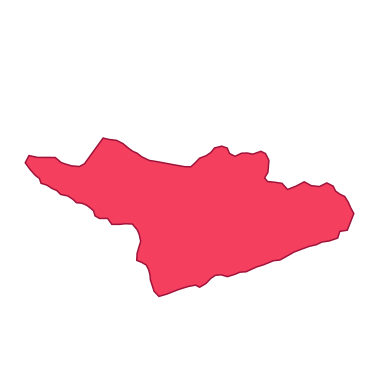 outline of Areal, Rio de Janeiro, Brazil, rotated 241°
{"feature_id": "56859067B22984730700411", "entity_name": "Areal", "entity_type": "district", "adm_level": 2, "iso_a3": "BRA", "parent_name": "Brazil", "parent_adm1": "Rio de Janeiro", "projection": "natural_earth1", "projection_center": [-43.115, -22.237], "detail": "fine", "context": "isolated", "style": "filled", "palette": "rose", "viewbox_px": 384, "rotation_deg": 241, "n_neighbors": 0, "source": "geoboundaries", "source_scale": "gbopen_adm2", "svg_char_len": 1638}
<svg xmlns="http://www.w3.org/2000/svg" viewBox="0 0 384 384"><g transform="rotate(241 192 192)"><path d="M282.3,140.4L268.8,111.6L268.9,105.8L273.3,99.3L277.5,95.2L281.1,91.9L288.5,89.1L291.5,83.8L293.9,79.5L297.2,73.6L302.9,67.1L298.4,60.3L289.7,61.4L282.3,63.1L277.8,65.1L272.8,64.2L268.4,68.4L262.9,71.3L258.9,74.4L253.6,75.9L248.7,81.5L243.3,84.3L238.7,85.7L235.5,90.3L231.6,93.4L227.4,95.3L223.2,96.8L218.2,95.6L213.6,98.4L209.8,105.4L202.5,106.2L198.8,113.0L196.5,118.4L192.9,124.3L185.3,125.8L180.3,125.2L173.7,123.2L169.4,118.7L164.9,114.2L159.0,110.5L154.8,113.9L150.3,116.6L145.1,116.4L139.6,115.0L135.3,113.0L129.7,111.9L123.5,110.7L116.7,112.5L114.9,120.4L114.0,127.4L113.3,132.5L112.2,138.1L111.1,143.2L108.8,150.0L105.0,152.5L105.2,159.8L107.4,166.8L107.8,172.0L105.5,177.3L100.8,181.9L99.2,189.7L98.6,195.1L96.0,200.7L95.6,206.3L95.1,212.2L93.6,219.6L92.4,230.0L89.9,235.9L89.9,243.6L90.0,252.1L88.9,260.0L87.6,268.3L85.6,275.2L85.3,281.3L82.6,288.4L81.1,297.1L85.9,302.2L83.3,309.3L94.7,323.1L100.8,323.1L107.2,323.7L114.0,323.4L118.4,320.3L123.2,318.0L128.7,318.3L134.6,314.3L135.0,306.1L139.7,299.4L146.5,295.1L146.7,285.9L147.9,276.8L156.0,274.9L160.7,268.7L164.6,263.1L169.2,262.4L172.3,267.8L176.5,270.7L182.4,274.6L190.0,274.9L194.2,272.0L195.6,263.6L199.4,259.1L201.9,254.1L202.4,246.9L207.5,243.5L213.4,244.1L217.7,240.2L219.6,233.1L217.4,227.5L216.9,221.9L217.9,215.1L215.8,208.3L214.6,203.2L217.9,197.6L225.2,188.6L231.9,180.5L236.1,175.4L240.4,169.9L247.3,165.0L252.4,162.9L256.5,159.8L260.8,157.8L267.7,155.1L273.7,151.1L278.5,144.5L282.3,140.4Z" fill="#f43f5e" stroke="#9f1239" stroke-width="1.5"/></g></svg>